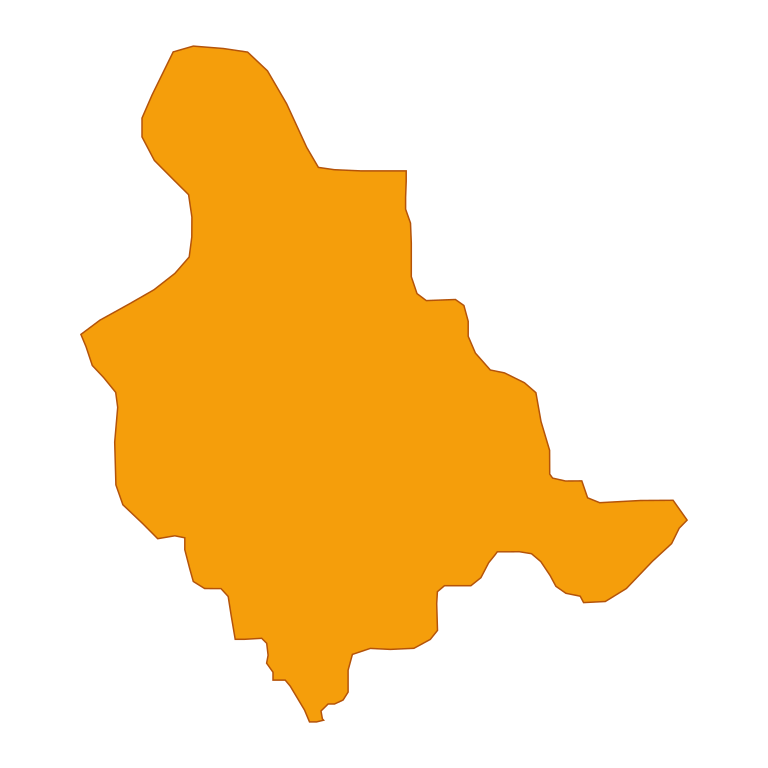 the border of Zenica-Doboj
{"feature_id": "BIH-2889", "entity_name": "Zenica-Doboj", "entity_type": "Canton", "adm_level": 1, "iso_a3": "BIH", "parent_name": "Bosnia and Herzegovina", "parent_adm1": "", "projection": "albers", "projection_center": [18.196, 44.316], "detail": "fine", "context": "isolated", "style": "filled", "palette": "amber", "viewbox_px": 768, "rotation_deg": 0, "n_neighbors": 0, "source": "natural_earth", "source_scale": "10m", "svg_char_len": 1634}
<svg xmlns="http://www.w3.org/2000/svg" viewBox="0 0 768 768"><path d="M80.9,334.4L100.0,320.1L129.5,303.8L153.9,289.8L174.9,273.4L189.2,257.0L191.8,237.0L191.9,217.1L188.6,194.7L174.4,180.6L154.4,160.5L142.0,136.9L142.0,118.1L152.2,94.7L173.2,51.9L193.3,46.1L223.3,48.5L247.6,52.1L267.5,70.9L286.7,103.9L306.7,147.4L318.4,167.4L334.3,169.7L361.1,170.9L406.2,170.9L406.2,181.3L405.6,197.3L405.6,209.2L410.5,223.1L411.3,243.0L411.3,259.8L411.3,276.7L417.0,293.6L426.3,300.6L455.4,299.5L463.9,305.5L468.2,321.3L468.2,336.3L475.4,353.1L490.3,370.0L504.5,372.9L524.5,382.8L535.9,392.7L541.0,421.5L549.6,450.3L549.7,474.1L552.6,478.1L565.4,481.0L581.8,480.9L587.6,497.8L599.7,502.7L640.4,500.5L673.1,500.3L687.1,520.1L679.2,528.2L671.6,543.6L652.4,561.3L626.4,588.5L605.3,601.5L583.6,602.6L580.2,596.2L565.9,593.3L555.9,586.3L550.1,575.5L540.8,561.6L531.5,553.7L519.3,551.7L509.4,551.8L497.3,551.8L495.1,554.8L488.7,562.7L480.9,577.7L470.9,585.7L459.5,585.7L444.5,585.7L437.4,591.7L436.7,603.6L437.5,630.4L430.3,639.4L413.9,648.3L390.3,649.4L370.3,648.4L352.4,654.4L348.1,670.2L348.1,692.1L343.1,700.0L334.5,704.0L328.1,704.0L321.0,711.0L322.4,718.9L323.6,720.2L316.6,721.9L309.5,721.9L304.5,710.0L290.2,686.1L285.2,680.1L280.2,680.1L273.0,680.1L273.0,672.2L266.6,663.2L268.1,655.3L266.7,643.3L261.7,638.3L244.5,639.3L235.2,639.3L231.0,614.4L228.2,596.5L221.0,588.6L214.6,588.6L204.6,588.5L193.3,581.5L189.7,568.6L184.8,549.7L184.8,537.8L174.8,535.8L157.7,538.7L142.8,523.7L122.9,504.8L115.9,484.9L114.7,442.1L117.7,407.4L115.7,392.4L103.6,377.5L92.3,365.5L86.0,346.6L80.9,334.4Z" fill="#f59e0b" stroke="#b45309" stroke-width="1.5"/></svg>